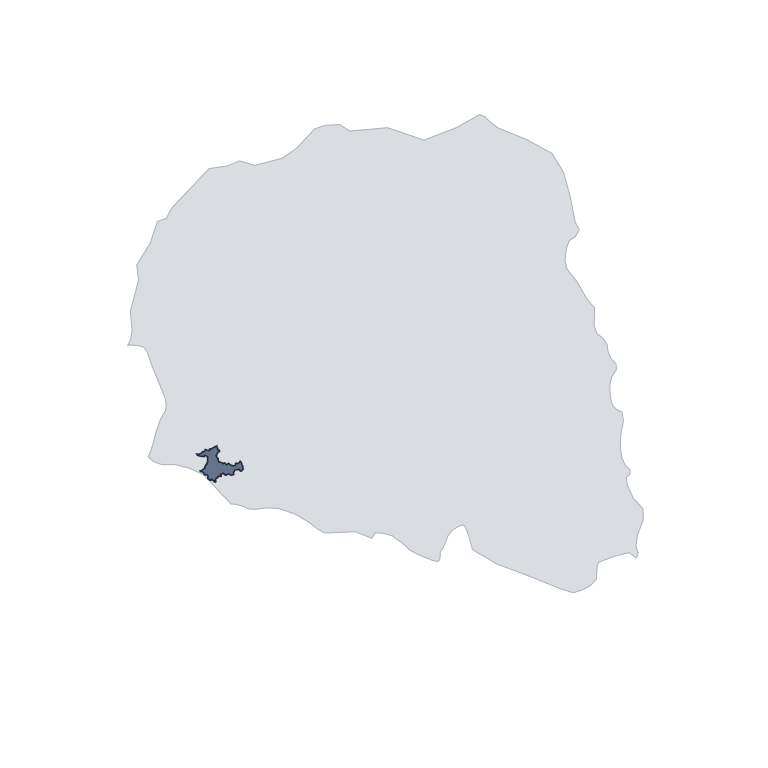 location of Las Cañas, Cerro Largo, Uruguay, rotated 158°
{"feature_id": "84410073B95825273384383", "entity_name": "Las Cañas", "entity_type": "district", "adm_level": 2, "iso_a3": "URY", "parent_name": "Uruguay", "parent_adm1": "Cerro Largo", "projection": "mercator", "projection_center": [-53.783, -32.451], "detail": "fine", "context": "in_parent", "style": "filled", "palette": "slate", "viewbox_px": 768, "rotation_deg": 158, "n_neighbors": 0, "source": "geoboundaries", "source_scale": "gbopen_adm2", "svg_char_len": 6989}
<svg xmlns="http://www.w3.org/2000/svg" viewBox="0 0 768 768"><g transform="rotate(158 384 384)"><path d="M607.1,515.8L602.5,519.9L597.6,527.7L591.9,546.5L572.6,572.4L568.7,587.0L547.9,602.4L533.2,619.6L523.7,619.2L515.0,626.6L465.4,649.2L447.5,644.9L434.3,645.0L422.0,635.1L394.1,631.5L376.5,635.4L352.9,646.4L345.8,646.2L340.7,645.6L327.9,641.1L321.0,631.4L284.7,620.3L255.5,595.1L221.0,594.6L194.6,597.9L190.5,594.6L187.9,588.1L182.4,578.8L159.7,556.7L141.8,534.7L138.3,513.2L140.8,489.9L146.1,462.3L145.2,453.7L151.8,448.8L158.3,447.8L164.6,440.7L170.2,430.0L171.2,421.8L166.8,406.8L163.8,385.9L160.2,375.5L167.4,359.1L167.7,351.1L163.6,344.1L162.4,336.9L164.3,329.5L164.0,322.4L161.3,315.6L163.3,310.0L169.9,305.6L174.9,298.7L178.2,289.6L179.8,282.6L179.9,277.8L177.9,273.2L173.8,268.9L175.7,260.4L183.6,247.8L188.7,236.5L191.0,226.7L190.8,218.7L188.2,212.7L189.3,208.6L194.2,206.5L196.3,200.1L195.6,184.4L190.6,171.3L194.4,161.1L205.4,149.2L211.1,139.6L211.6,132.3L215.0,128.1L220.2,136.0L235.8,138.0L251.5,138.3L254.0,136.3L260.2,123.5L268.3,119.8L277.1,118.8L286.8,119.5L297.1,128.0L326.1,155.9L347.5,175.4L354.0,184.5L359.7,191.4L363.9,197.8L362.1,214.5L362.4,221.8L363.4,223.9L368.3,224.1L375.5,222.9L381.6,219.3L386.4,214.0L391.0,209.6L394.8,207.3L396.2,203.7L398.3,200.1L400.5,199.3L404.8,202.0L414.7,211.5L422.5,220.4L424.4,225.4L427.3,230.7L430.5,235.3L432.8,239.8L440.3,245.6L447.9,249.3L453.0,245.5L465.9,257.7L494.5,267.9L499.7,274.0L504.6,282.8L514.6,296.1L528.4,308.1L539.5,313.2L550.2,316.0L556.2,318.7L560.3,323.3L566.8,328.2L570.9,330.1L572.3,334.5L576.5,344.2L580.9,356.5L585.7,367.9L596.1,378.9L607.8,387.5L620.0,392.3L626.8,398.3L629.7,404.6L621.5,413.9L612.7,425.5L604.8,434.7L596.7,441.1L594.0,445.6L592.2,452.4L592.3,488.9L591.6,502.5L592.2,506.1L593.3,508.6L598.5,512.2L604.6,515.2L607.1,515.8Z" fill="#d9dde1" stroke="#a8b0b8" stroke-width="1"/><path d="M587.1,372.3L587.0,372.1L587.0,371.8L586.9,371.6L586.8,371.4L586.6,371.3L586.3,371.3L586.2,371.2L585.8,371.0L585.7,370.8L585.5,370.5L585.4,370.3L584.9,369.8L584.7,369.6L584.4,369.4L584.4,369.1L584.5,368.9L584.6,368.3L584.7,367.9L584.7,367.7L584.5,367.4L584.4,367.2L584.0,366.9L583.6,366.6L583.3,366.4L582.9,366.3L582.6,366.2L582.3,366.1L582.1,366.1L581.9,366.0L581.7,365.9L581.6,365.5L581.6,365.4L581.7,365.2L581.8,364.9L581.8,364.7L581.8,364.4L581.8,364.1L581.9,363.9L582.1,363.8L582.2,363.6L582.3,363.3L582.4,363.1L582.5,363.0L582.6,362.9L582.8,362.6L582.8,362.2L582.7,361.9L582.5,361.6L582.3,361.5L582.2,361.4L582.1,361.2L582.0,360.9L581.9,360.8L581.8,360.6L581.7,360.4L581.7,360.2L581.2,359.8L580.8,359.7L580.3,359.7L580.1,359.7L580.2,360.0L580.0,360.4L579.8,360.5L579.7,360.3L579.5,360.1L579.2,359.7L578.9,359.1L578.7,358.8L578.7,358.6L578.3,358.5L578.0,358.3L577.7,358.1L577.7,357.9L578.0,357.8L578.1,357.7L578.2,357.3L578.2,357.1L577.9,356.9L577.6,356.8L577.4,356.7L577.2,356.3L577.2,356.2L576.7,356.2L576.6,356.4L576.4,356.5L576.3,357.2L576.2,357.8L575.8,358.5L574.7,359.6L574.4,359.6L574.1,359.4L573.7,359.3L573.3,359.3L573.1,359.4L572.8,359.8L572.6,360.4L572.4,360.6L572.2,360.5L571.7,360.4L571.2,360.2L570.4,359.5L570.1,359.4L569.7,359.4L569.3,359.6L569.1,359.9L569.2,360.5L569.4,361.0L569.4,361.4L569.3,361.8L569.1,361.8L569.0,361.7L568.6,361.4L568.4,361.4L568.1,361.3L567.7,361.4L567.3,361.6L566.9,361.6L566.4,361.4L566.2,361.1L566.2,360.8L566.2,360.4L566.0,360.2L565.6,360.0L565.5,359.8L565.4,359.5L565.4,359.1L565.4,358.8L565.2,358.7L564.8,358.8L564.6,358.9L564.4,358.7L564.2,358.7L563.7,358.6L563.4,358.8L563.2,358.9L562.8,358.9L562.6,358.9L562.1,359.0L561.8,358.9L561.5,358.7L561.3,358.1L561.0,357.7L559.7,356.5L559.0,356.4L558.1,356.4L557.6,356.3L557.3,356.3L557.2,356.3L557.2,356.8L557.0,357.2L556.9,357.6L556.8,358.1L556.6,358.4L556.4,358.6L556.0,358.8L555.7,358.9L555.3,359.4L555.0,359.7L554.6,359.9L554.1,360.0L553.6,360.0L553.1,360.0L552.9,359.8L552.5,359.6L552.3,359.3L551.8,359.3L551.4,359.4L551.0,359.6L550.8,359.6L550.5,359.5L550.4,359.1L550.2,358.7L550.2,358.2L550.1,357.6L549.9,357.2L549.5,356.8L549.1,356.7L548.4,356.7L547.7,357.2L546.9,357.7L546.3,357.9L546.3,358.2L546.4,358.8L546.4,359.3L546.3,359.7L545.7,360.2L545.7,360.7L545.9,361.6L546.0,362.4L545.8,363.2L545.7,364.0L545.7,364.7L546.0,365.4L546.1,365.9L546.2,366.4L546.3,366.4L546.5,366.2L546.6,365.9L546.8,365.8L546.9,365.7L547.1,365.6L547.3,365.6L547.7,365.3L547.8,365.2L548.1,365.2L548.3,365.2L548.5,365.1L548.8,365.1L549.0,365.1L549.5,365.2L549.8,365.5L550.2,365.7L550.5,365.9L550.9,366.0L551.2,366.0L551.4,366.0L551.5,366.0L551.6,365.9L551.6,365.7L551.6,365.4L551.8,365.0L552.0,364.8L552.1,364.6L552.3,364.3L552.8,364.2L553.2,364.4L553.6,364.5L553.9,364.5L554.3,364.4L554.5,364.4L554.9,364.6L555.0,365.1L555.3,365.5L555.9,365.7L556.3,365.7L556.4,365.9L556.5,366.5L557.1,367.3L557.5,368.3L557.7,368.6L558.0,368.7L558.3,368.8L558.6,368.6L558.8,368.4L559.0,368.3L559.5,368.2L559.9,368.0L560.1,368.0L560.3,368.3L560.4,368.5L560.8,369.4L561.0,369.9L561.2,370.4L561.4,370.7L561.7,370.8L562.0,370.8L562.3,370.5L562.5,370.4L562.8,370.4L563.4,370.5L563.7,370.9L563.7,371.4L563.9,371.9L564.7,372.5L565.4,373.2L565.6,373.5L566.0,373.6L566.3,373.8L566.2,374.2L566.2,374.6L566.3,374.8L566.4,375.1L566.2,375.8L566.3,376.0L566.0,376.3L565.7,376.6L565.8,377.2L565.9,377.6L566.2,377.9L566.4,378.1L566.2,378.4L566.3,378.9L566.5,379.4L566.6,379.9L566.6,380.4L566.4,380.5L565.9,380.7L565.3,381.0L565.0,381.4L564.7,381.9L564.4,382.3L564.0,382.6L563.5,382.8L562.5,382.8L562.0,382.9L561.7,383.1L561.5,383.4L561.4,383.7L561.6,383.9L561.8,384.2L561.7,384.6L562.1,384.7L562.5,384.9L562.6,385.1L562.7,385.6L562.8,386.0L562.6,386.2L562.2,386.5L562.2,386.8L562.4,387.2L562.5,387.5L562.5,388.1L562.6,388.4L562.6,388.5L562.5,388.9L562.3,389.2L563.7,389.2L563.6,388.9L563.8,388.9L564.5,388.9L565.5,388.9L565.7,389.0L566.1,389.1L567.3,388.7L568.1,388.5L568.6,388.5L569.0,388.8L569.2,389.0L569.5,389.1L569.8,388.8L570.1,388.8L570.4,388.8L570.6,388.5L570.6,388.0L571.0,387.8L571.4,387.8L571.7,387.9L572.0,388.3L573.2,389.3L573.7,389.9L574.2,390.3L575.2,389.2L576.0,388.7L576.3,388.7L576.6,388.9L576.8,389.1L577.3,389.2L577.7,389.1L577.8,388.6L578.1,388.5L581.4,388.2L581.8,388.3L584.0,389.2L583.9,388.6L583.8,388.1L583.6,387.6L583.2,387.3L582.8,387.1L582.2,386.6L581.7,386.1L581.0,385.7L580.6,385.4L580.2,385.4L579.6,384.9L579.1,384.7L578.6,384.5L578.4,384.5L578.4,384.3L578.3,384.1L578.2,384.0L577.9,384.0L577.7,384.0L577.4,384.3L577.0,384.8L576.8,384.8L576.5,384.8L576.4,384.8L576.2,384.5L575.1,383.0L574.7,382.5L574.8,382.1L575.1,381.9L575.5,381.6L575.5,380.7L576.0,379.9L576.1,379.6L576.2,379.2L576.4,378.8L576.4,378.4L576.4,378.1L576.7,377.8L577.0,377.6L577.3,377.5L577.6,377.4L577.8,377.2L577.7,376.9L577.7,376.6L577.8,376.4L577.9,376.2L578.0,376.1L578.4,376.1L579.1,376.1L579.3,376.0L579.3,375.7L579.6,375.3L580.1,375.0L580.8,374.9L581.3,374.3L581.3,373.4L581.3,373.2L582.0,373.1L582.3,373.1L584.7,372.5L584.8,372.2L585.4,371.9L585.8,371.7L586.0,371.8L586.5,372.3L587.1,372.3Z" fill="#64748b" stroke="#1e293b" stroke-width="1.5"/></g></svg>